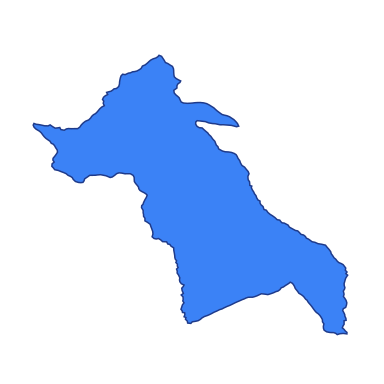 the district of São João da Lagoa, Minas Gerais, Brazil, rotated 273°
{"feature_id": "56859067B20811044827275", "entity_name": "São João da Lagoa", "entity_type": "district", "adm_level": 2, "iso_a3": "BRA", "parent_name": "Brazil", "parent_adm1": "Minas Gerais", "projection": "equal_earth", "projection_center": [-44.337, -16.851], "detail": "fine", "context": "isolated", "style": "filled", "palette": "blue", "viewbox_px": 384, "rotation_deg": 273, "n_neighbors": 0, "source": "geoboundaries", "source_scale": "gbopen_adm2", "svg_char_len": 5735}
<svg xmlns="http://www.w3.org/2000/svg" viewBox="0 0 384 384"><g transform="rotate(273 192 192)"><path d="M295.0,171.5L297.5,171.4L299.4,172.4L300.7,174.2L302.3,174.9L303.4,172.4L304.5,170.2L306.1,168.3L308.0,167.8L310.3,167.5L312.7,167.3L314.3,167.0L316.4,165.9L317.7,163.4L319.0,161.2L319.9,158.7L322.4,157.1L324.0,155.9L325.9,154.5L326.8,151.9L325.3,150.8L323.9,148.8L323.0,146.3L321.6,143.9L320.1,142.3L318.4,140.7L316.5,138.6L315.2,135.9L312.7,134.7L311.4,133.0L310.0,130.8L309.3,128.6L308.9,126.3L307.8,124.3L307.4,122.3L305.7,119.1L306.0,116.6L304.3,115.1L302.3,114.5L300.5,114.2L298.1,113.9L296.0,113.9L293.5,113.3L291.4,111.1L290.9,108.7L289.6,107.4L288.4,105.8L287.8,103.8L287.0,101.5L284.9,102.7L283.6,100.4L282.0,98.7L279.7,97.8L278.2,99.1L275.9,98.7L273.6,99.9L272.1,97.4L270.2,95.5L268.4,94.2L266.7,92.9L265.2,91.5L264.0,89.5L262.2,87.8L260.7,87.0L258.6,85.1L257.1,81.9L255.2,79.7L253.3,78.0L251.0,76.6L249.3,74.5L249.1,71.0L248.9,68.1L248.9,65.2L248.4,63.2L247.0,61.2L247.5,57.7L249.5,56.6L249.0,54.5L248.6,52.0L250.1,49.2L251.6,46.8L250.5,44.8L250.4,41.4L250.9,38.4L251.3,35.6L251.5,32.7L252.2,30.6L250.5,29.9L248.4,30.9L246.7,32.8L245.7,34.7L244.7,36.6L243.2,38.4L241.2,40.0L239.5,41.5L237.9,43.3L236.7,45.2L235.3,47.5L233.3,48.9L232.4,51.1L230.8,52.5L229.1,53.5L226.9,55.2L224.7,55.6L222.7,54.5L220.7,53.2L218.4,51.5L216.6,51.4L214.7,52.8L212.8,50.8L210.3,50.7L208.7,52.4L207.1,53.7L206.5,57.4L205.5,60.2L204.7,62.8L203.7,65.4L202.2,67.3L201.2,69.9L200.1,71.7L198.4,72.7L196.4,75.0L195.6,78.1L195.5,80.5L195.9,82.6L197.5,83.6L199.5,84.1L201.3,86.5L203.3,89.0L203.5,92.1L203.7,94.7L204.1,96.8L204.5,99.8L204.1,102.6L203.7,105.3L202.9,107.6L202.2,109.5L202.8,111.6L204.7,114.0L206.4,115.8L207.3,118.1L207.2,120.9L206.7,124.0L206.9,127.2L207.0,129.5L205.5,132.4L203.5,133.5L201.0,133.7L199.4,133.9L197.5,135.3L195.5,137.2L194.1,138.3L192.4,138.7L190.9,139.9L189.9,141.7L188.8,144.2L187.8,146.0L186.5,147.4L184.3,146.7L181.6,145.3L179.0,144.2L177.1,143.7L175.8,142.5L173.8,142.4L171.0,144.2L168.7,144.3L166.9,144.8L165.2,144.9L163.3,146.4L160.7,146.5L159.4,149.1L157.6,151.9L155.2,152.8L153.2,153.7L150.6,154.8L148.0,155.2L145.2,154.5L143.6,156.5L143.2,158.7L143.8,160.9L142.6,163.2L140.9,165.2L140.9,169.3L138.8,170.5L138.5,172.6L136.8,173.9L135.3,176.6L132.7,176.9L129.8,177.6L127.4,178.1L125.7,178.3L124.1,178.8L122.5,180.2L120.7,179.6L119.2,181.2L117.3,181.2L115.8,182.1L114.2,180.6L112.3,181.4L110.3,181.4L108.5,182.8L105.7,184.3L103.5,184.1L101.7,184.6L99.8,186.2L98.7,188.9L97.1,188.2L95.4,186.8L93.0,187.3L90.3,188.7L88.6,186.6L86.8,188.5L84.3,188.8L82.7,188.5L80.9,189.8L78.7,188.3L75.9,187.6L74.3,187.1L72.8,188.4L71.2,188.8L71.0,191.0L69.2,191.3L67.0,190.6L66.3,192.5L64.6,192.1L62.8,194.1L60.9,194.5L60.7,197.7L62.4,199.1L63.0,202.0L63.8,204.9L65.3,207.1L66.8,208.6L68.3,210.9L69.5,213.9L70.6,216.1L71.6,217.9L73.1,220.3L74.4,223.0L76.0,225.8L76.8,228.1L77.9,229.9L79.5,232.9L80.7,235.6L82.0,238.0L83.5,240.6L84.6,242.7L85.7,245.0L87.1,247.7L88.0,249.8L89.0,251.6L89.8,253.6L90.0,255.7L90.1,258.0L90.8,260.1L91.7,262.3L92.9,264.5L94.0,266.6L93.8,270.2L93.5,273.1L94.5,275.9L95.7,278.8L96.9,281.0L97.6,283.1L99.1,284.9L101.1,286.2L101.9,288.2L103.5,290.2L104.8,292.1L105.9,293.6L107.1,294.8L106.2,296.8L105.0,298.0L103.2,299.2L101.0,300.2L99.5,301.6L98.0,302.9L96.5,304.0L95.1,306.7L93.5,308.9L90.9,311.1L89.9,312.6L88.4,313.5L86.9,314.8L85.5,316.2L83.8,317.7L81.5,319.5L79.8,320.9L78.2,322.5L77.1,324.3L75.4,326.2L73.2,327.8L71.4,328.9L69.2,329.1L67.2,330.6L64.7,330.2L62.8,330.4L60.9,331.2L59.4,333.8L58.9,337.4L59.0,340.8L58.4,342.9L57.2,344.5L58.2,347.1L58.7,350.5L58.4,354.1L59.9,354.1L61.3,352.3L62.8,351.0L64.2,349.2L66.3,349.9L67.8,350.8L69.8,350.7L71.4,350.6L71.9,352.6L73.9,352.3L75.9,351.2L77.7,350.9L79.9,349.7L81.5,348.7L83.4,349.2L84.8,351.5L87.3,352.2L89.5,352.4L91.9,351.5L93.9,350.1L95.5,348.7L97.9,349.2L101.0,348.3L103.0,349.4L104.5,349.7L106.6,348.9L108.6,348.7L110.6,349.2L112.1,349.5L114.0,350.0L115.6,350.9L117.1,351.8L118.5,349.9L120.2,351.0L121.9,349.2L124.1,349.5L125.9,348.0L127.4,346.7L128.3,344.9L129.2,342.3L130.5,340.7L132.4,339.1L133.7,337.3L136.1,335.6L137.6,334.3L139.7,333.6L141.9,331.8L143.8,329.9L145.9,328.1L146.6,324.3L147.0,320.5L148.2,317.4L148.6,314.5L149.9,312.6L151.1,310.7L151.9,308.6L153.5,307.6L154.9,305.7L155.4,303.1L157.2,301.3L158.7,299.6L159.0,297.3L160.2,294.8L162.0,291.1L164.0,289.7L165.0,287.5L165.8,285.7L165.9,283.6L167.1,282.2L168.5,281.1L168.8,278.5L170.8,276.2L172.4,273.7L173.9,271.0L175.6,268.8L177.7,267.2L178.3,264.8L181.2,263.7L183.0,261.4L184.6,260.5L186.5,260.4L187.5,258.3L189.6,256.9L191.7,256.1L193.6,254.4L195.0,253.8L197.5,252.0L199.5,251.0L201.0,251.4L201.6,249.4L203.4,249.2L205.3,248.9L207.1,247.5L208.7,247.2L210.6,247.0L213.2,248.0L215.4,247.0L217.4,245.1L219.6,243.2L221.1,240.5L223.4,239.0L225.8,238.0L228.0,236.2L230.0,235.2L231.6,234.1L232.7,232.2L233.6,229.3L233.9,226.5L233.9,223.1L234.5,220.3L235.5,218.2L236.5,216.3L238.7,215.5L240.0,213.9L241.9,213.0L243.8,212.2L246.0,209.9L248.6,207.9L250.3,205.8L251.8,204.7L253.2,202.8L255.0,200.5L256.5,198.8L256.6,195.9L257.8,193.6L260.0,192.1L262.1,192.1L263.5,193.4L263.4,195.9L263.2,198.3L263.0,201.7L261.9,205.0L261.4,209.0L261.4,211.6L261.0,214.0L260.6,216.4L260.8,219.7L260.7,224.4L260.6,227.8L260.0,230.8L259.5,233.1L260.2,235.2L262.8,233.8L264.7,232.0L266.5,230.0L267.9,227.6L269.1,225.6L270.0,222.9L270.5,220.0L271.0,217.9L272.1,216.2L273.2,214.5L274.3,212.9L275.5,211.4L277.2,209.4L278.3,207.4L279.8,204.7L281.0,202.1L281.6,199.1L281.8,195.5L281.6,192.8L281.3,190.2L280.9,188.0L280.6,185.8L280.3,182.8L280.4,178.9L281.3,176.5L283.4,175.3L285.5,174.2L286.7,172.8L288.0,171.0L289.9,169.1L292.6,168.5L295.0,171.5Z" fill="#3b82f6" stroke="#1e3a8a" stroke-width="1.5"/></g></svg>